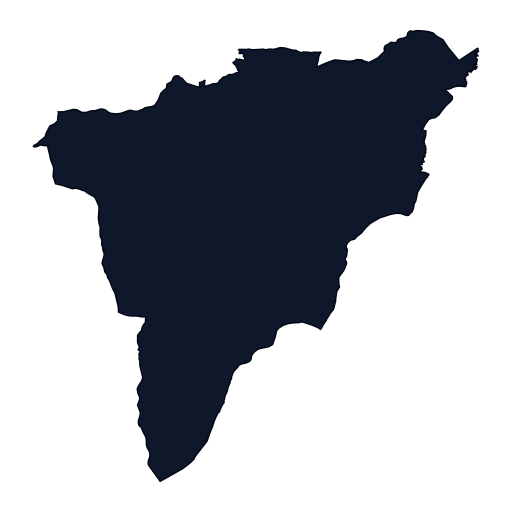 Sarmizegetusa, Hunedoara, Romania
{"feature_id": "2599482B56476648103068", "entity_name": "Sarmizegetusa", "entity_type": "district", "adm_level": 2, "iso_a3": "ROU", "parent_name": "Romania", "parent_adm1": "Hunedoara", "projection": "natural_earth1", "projection_center": [22.749, 45.477], "detail": "fine", "context": "isolated", "style": "filled", "palette": "ink", "viewbox_px": 512, "rotation_deg": 0, "n_neighbors": 0, "source": "geoboundaries", "source_scale": "gbopen_adm2", "svg_char_len": 5862}
<svg xmlns="http://www.w3.org/2000/svg" viewBox="0 0 512 512"><path d="M477.6,48.3L458.9,60.6L448.0,47.4L442.9,39.7L438.1,37.1L435.3,35.1L433.3,33.1L427.9,31.5L421.3,30.8L416.5,30.7L413.3,31.4L410.4,31.0L409.3,31.4L407.8,33.1L406.9,36.7L403.4,38.2L400.4,38.6L398.9,39.2L397.8,39.9L396.5,42.3L394.6,42.7L390.9,42.3L388.4,44.2L387.4,44.5L385.1,45.9L384.3,47.9L384.2,49.7L384.8,51.1L377.9,57.9L370.1,62.0L368.9,62.4L368.1,62.3L363.7,60.9L361.8,59.8L356.7,59.6L353.7,60.8L349.1,61.3L334.8,59.9L326.9,62.7L316.8,67.1L317.2,63.6L318.4,59.7L318.4,58.2L318.7,56.9L319.5,54.5L320.9,52.4L320.4,52.0L318.7,52.4L314.7,52.2L310.9,52.8L310.5,52.5L308.6,52.5L307.3,52.0L305.3,52.3L303.5,51.9L301.8,52.7L298.9,52.0L295.8,50.3L292.8,50.2L285.2,48.1L281.7,47.7L280.0,47.7L273.8,49.4L268.9,49.1L266.0,49.8L263.3,49.2L252.8,49.8L248.2,49.1L246.0,49.7L245.2,49.4L239.1,49.4L238.6,49.9L239.2,50.2L239.8,51.4L239.2,53.3L240.3,53.6L241.6,52.6L241.9,53.4L244.1,54.0L243.4,56.1L244.7,57.7L245.0,58.5L244.2,59.9L242.9,60.3L239.3,59.2L238.7,59.8L236.3,58.9L236.0,59.3L236.3,59.8L235.7,60.8L233.1,62.5L233.3,63.1L234.6,64.4L236.5,66.0L236.3,66.7L237.3,68.2L237.5,69.3L238.1,69.8L238.0,70.5L239.4,71.4L238.8,72.3L235.6,73.1L232.0,74.8L230.3,74.4L228.5,74.8L226.2,76.4L222.9,77.2L221.1,79.4L219.5,80.5L218.7,82.4L216.9,83.6L212.9,83.8L210.1,84.9L204.8,86.3L204.5,85.5L204.6,81.9L205.0,80.6L204.5,80.3L202.2,82.0L199.6,82.5L199.5,86.1L200.5,86.7L198.8,87.3L187.0,83.5L185.6,82.4L182.1,78.4L179.5,77.1L178.6,75.9L176.0,75.8L174.4,76.5L173.5,77.3L171.9,81.0L171.2,81.9L167.3,83.9L166.8,85.2L166.3,88.6L164.0,90.1L161.4,92.7L160.6,94.0L159.1,98.0L157.5,101.4L154.8,105.2L152.7,106.4L145.2,107.7L142.5,109.4L137.5,111.3L134.4,111.3L131.3,110.4L129.1,110.4L121.0,113.3L116.5,113.9L111.0,113.4L108.2,112.1L105.1,109.8L102.1,109.0L100.5,109.1L95.0,110.7L91.2,110.9L86.4,112.4L82.6,112.5L80.7,111.9L77.0,109.8L73.4,109.4L63.5,111.8L58.2,111.9L58.6,113.0L58.0,115.2L57.6,120.9L55.1,123.4L53.1,124.6L50.5,125.6L49.7,126.4L46.5,132.6L45.0,137.0L40.0,140.9L37.4,143.6L33.8,145.5L33.5,146.5L34.6,146.9L37.0,146.5L40.8,144.9L44.7,145.7L47.0,145.6L47.5,145.9L49.8,155.3L50.5,159.1L53.2,166.2L53.7,169.0L53.1,176.3L55.6,183.8L62.8,185.5L72.4,188.7L76.1,188.2L80.5,189.4L82.1,190.3L84.4,190.7L87.9,193.3L93.2,196.2L94.5,197.2L95.6,198.6L98.6,205.4L99.1,207.8L98.4,218.2L99.1,223.5L100.3,227.7L100.0,231.5L100.2,236.4L101.8,239.7L101.8,245.0L102.7,247.0L103.0,250.4L104.1,253.1L104.1,255.7L102.2,262.4L102.3,264.0L103.9,267.4L104.7,271.4L105.4,272.7L107.0,274.5L107.7,277.6L109.7,280.9L112.7,288.7L115.1,293.4L118.4,307.2L118.5,312.0L123.9,314.4L128.1,315.6L132.0,316.0L136.3,315.9L142.2,316.9L144.8,316.8L145.4,317.2L145.7,318.3L145.5,319.7L145.5,322.3L143.2,325.2L142.0,328.1L141.6,330.4L139.6,332.5L137.6,335.5L137.6,342.6L139.3,346.9L139.1,348.2L138.2,349.8L139.7,350.8L140.1,351.7L138.9,354.5L139.4,356.4L139.0,358.5L139.9,361.1L139.8,364.0L140.1,366.5L142.7,377.1L142.3,379.5L141.5,381.3L138.5,385.9L137.2,388.9L138.1,393.8L139.8,397.6L139.5,399.8L137.6,405.1L139.9,411.1L140.3,413.0L140.0,415.6L138.3,421.2L138.4,422.8L138.9,425.3L141.2,427.3L143.4,432.6L145.5,436.2L146.4,439.6L146.4,444.3L146.7,446.0L147.6,448.3L149.4,451.5L149.9,453.3L149.9,456.3L148.2,461.7L148.2,463.6L148.6,465.2L160.2,481.3L183.0,468.4L190.0,463.0L194.3,458.7L194.5,457.5L196.3,454.9L206.3,442.1L207.2,440.7L209.5,433.9L212.4,426.7L214.3,420.8L216.5,415.8L218.0,412.9L219.0,412.3L222.1,405.3L224.0,402.6L223.9,400.8L224.6,398.6L224.8,396.5L227.1,391.6L228.0,387.5L230.0,382.6L230.5,380.2L231.4,378.8L231.6,376.7L233.0,372.7L233.5,371.7L237.7,367.1L238.8,365.2L241.6,363.9L245.8,363.0L248.9,361.7L250.2,360.7L250.9,359.4L251.8,355.2L252.5,354.1L254.7,351.6L257.4,349.6L259.8,348.6L268.9,346.6L272.6,344.5L275.4,336.2L276.6,330.6L278.9,328.0L283.3,325.2L288.6,323.5L294.4,322.7L297.8,322.7L302.3,321.9L311.8,325.0L318.2,327.7L320.4,329.4L321.8,327.7L323.0,325.0L326.2,320.4L326.8,318.7L328.9,315.8L329.9,313.7L333.2,309.7L333.9,307.9L335.7,300.5L335.7,298.8L336.7,291.6L339.5,286.8L338.9,284.5L338.6,279.6L338.9,277.1L343.9,270.2L346.5,263.8L346.4,261.8L344.8,259.4L346.5,256.3L347.3,249.5L346.3,247.7L346.1,245.7L347.5,242.9L350.5,240.1L354.6,239.1L356.5,236.8L361.3,233.1L365.7,227.7L369.7,224.0L371.5,222.6L379.8,217.8L390.4,214.4L395.6,213.3L400.6,213.4L406.3,215.4L408.4,215.4L412.2,211.5L413.5,208.1L413.9,205.0L414.6,203.0L415.8,201.0L417.5,192.4L420.7,186.7L426.1,178.2L427.4,177.2L427.6,176.1L428.8,174.8L428.4,174.0L424.4,172.4L419.9,172.1L420.8,171.0L420.6,170.0L421.8,169.4L422.1,168.9L421.6,167.1L419.8,165.7L419.5,165.2L420.9,164.2L422.1,164.4L421.8,163.6L422.3,162.8L421.9,162.8L421.9,162.4L423.5,162.1L424.2,161.6L423.2,160.3L423.5,157.1L423.8,156.5L424.3,157.1L424.8,156.7L425.1,155.9L424.7,154.6L425.9,152.3L425.2,152.1L426.0,149.1L425.4,147.3L425.6,146.3L424.7,144.9L424.5,143.3L423.7,141.9L424.2,141.6L424.1,141.0L425.6,136.0L426.0,131.0L422.4,129.9L422.5,129.5L425.5,123.8L428.7,119.5L431.6,118.2L434.6,117.8L437.0,116.4L438.8,114.4L439.0,114.7L443.1,109.1L446.7,105.0L450.5,101.5L452.3,99.1L452.4,96.7L444.6,89.2L448.6,89.1L450.9,88.4L453.3,87.1L457.2,86.2L461.2,86.2L465.2,86.7L466.1,85.8L466.2,84.6L466.6,83.8L466.5,81.8L465.8,80.9L464.4,81.2L465.6,79.6L465.0,78.9L465.3,78.1L464.5,78.0L464.5,77.0L465.9,76.4L466.8,75.4L467.7,75.2L468.1,74.6L467.4,74.1L467.8,72.4L467.3,71.9L467.8,70.2L468.3,70.2L469.4,71.6L469.9,70.9L470.4,71.0L471.0,72.1L471.6,70.9L472.8,70.4L473.4,68.5L474.1,68.5L475.2,69.4L476.6,68.2L476.6,67.8L475.8,67.6L476.6,66.8L475.0,66.7L474.7,65.8L474.2,65.5L474.0,64.6L474.7,63.8L475.3,64.0L475.7,65.0L476.7,64.7L476.3,63.7L476.6,62.9L476.4,62.0L477.1,60.7L477.2,59.4L476.0,59.2L476.6,58.7L475.3,57.2L476.5,56.1L478.0,55.8L476.8,54.2L475.3,54.6L475.0,53.9L475.1,53.2L476.5,53.3L476.7,52.5L478.5,51.5L478.0,50.4L478.0,48.7L477.6,48.3Z" fill="#0f172a" stroke="#020617" stroke-width="1.5"/></svg>